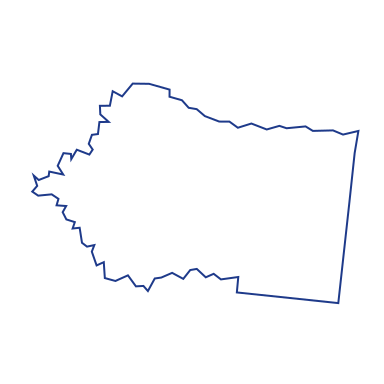 Bradley, Arkansas, United States of America, rotated 96°
{"feature_id": "52423323B29165954447352", "entity_name": "Bradley", "entity_type": "district", "adm_level": 2, "iso_a3": "USA", "parent_name": "United States of America", "parent_adm1": "Arkansas", "projection": "robinson", "projection_center": [-92.174, 33.435], "detail": "fine", "context": "isolated", "style": "outline", "palette": "blue", "viewbox_px": 384, "rotation_deg": 96, "n_neighbors": 0, "source": "geoboundaries", "source_scale": "gbopen_adm2", "svg_char_len": 1135}
<svg xmlns="http://www.w3.org/2000/svg" viewBox="0 0 384 384"><g transform="rotate(96 192 192)"><path d="M113.9,32.9L119.1,47.8L116.0,58.2L118.6,78.2L114.9,85.9L118.7,104.6L117.1,112.0L122.0,124.2L117.7,140.1L123.3,153.1L118.1,162.1L119.1,172.3L115.2,187.1L109.1,196.0L108.6,204.1L101.8,211.6L99.6,224.3L92.5,225.0L88.9,246.0L90.4,262.3L104.2,271.5L100.1,281.4L114.8,282.7L115.9,292.6L124.4,291.3L131.0,282.2L132.1,291.4L144.2,291.6L145.6,297.5L154.9,299.7L160.2,295.2L165.5,298.0L162.0,311.0L171.9,315.5L166.8,316.4L166.8,323.9L180.0,328.3L188.1,321.9L186.6,336.1L191.2,336.2L196.1,345.7L192.2,351.1L202.1,346.6L208.3,350.9L211.7,344.6L209.0,331.3L212.8,324.1L219.4,325.3L219.1,315.7L225.6,318.5L232.4,314.1L234.2,305.4L240.8,306.9L239.3,300.0L254.0,296.1L257.3,290.7L255.0,283.6L261.8,285.4L275.0,279.2L271.0,272.4L286.7,269.7L288.5,258.9L281.6,247.0L291.7,237.9L290.5,230.5L295.1,225.5L281.9,220.0L280.3,213.6L274.5,203.3L279.3,191.6L269.8,185.6L268.0,179.2L275.4,169.4L271.1,161.9L275.9,154.1L271.7,137.1L287.2,136.9L287.2,39.2L287.2,34.9L185.5,34.4L136.2,34.3L113.9,32.9Z" fill="none" stroke="#1e3a8a" stroke-width="2"/></g></svg>